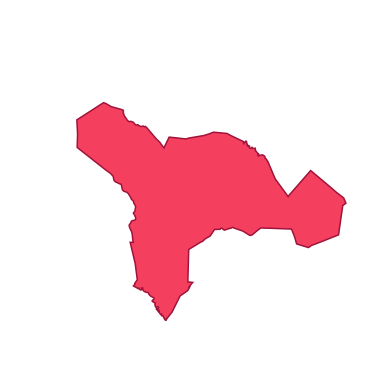 the district of San Cristóbal Amatlán, Oaxaca, Mexico, rotated 137°
{"feature_id": "50627088B79757190065545", "entity_name": "San Cristóbal Amatlán", "entity_type": "district", "adm_level": 2, "iso_a3": "MEX", "parent_name": "Mexico", "parent_adm1": "Oaxaca", "projection": "albers", "projection_center": [-96.353, 16.302], "detail": "fine", "context": "isolated", "style": "filled", "palette": "rose", "viewbox_px": 384, "rotation_deg": 137, "n_neighbors": 0, "source": "geoboundaries", "source_scale": "gbopen_adm2", "svg_char_len": 4944}
<svg xmlns="http://www.w3.org/2000/svg" viewBox="0 0 384 384"><g transform="rotate(137 192 192)"><path d="M245.6,302.9L242.8,284.6L240.2,267.7L238.9,260.7L239.0,257.9L239.0,257.2L239.5,256.2L239.8,256.0L241.1,253.7L241.1,251.8L240.3,249.7L239.8,248.4L239.3,247.2L239.0,246.6L238.6,246.0L238.5,245.9L240.7,242.3L241.0,242.0L241.2,241.4L241.4,240.4L241.4,240.2L241.4,239.6L241.3,238.9L241.0,238.4L240.6,237.8L240.4,237.3L240.0,236.8L239.9,236.4L239.8,235.9L239.7,234.6L239.8,233.8L239.9,233.1L240.1,232.1L240.3,231.2L240.4,230.3L240.7,229.8L240.8,229.2L241.0,228.8L241.3,227.8L241.3,227.6L241.2,227.3L241.2,226.8L241.1,226.5L241.1,226.0L241.1,225.3L241.3,225.0L241.4,224.8L241.6,224.4L242.0,223.9L242.2,223.4L242.4,221.9L242.7,221.1L243.1,220.0L243.8,219.2L245.0,218.4L246.2,217.4L247.1,216.9L248.2,216.7L248.9,216.7L249.1,216.7L249.4,216.2L249.6,215.5L249.7,214.6L249.8,213.9L250.3,212.9L250.6,212.0L250.9,211.5L251.3,211.1L251.5,210.7L252.0,210.5L252.8,210.4L253.6,210.7L254.1,211.1L254.8,211.6L255.3,211.7L255.7,211.9L256.2,211.9L256.8,211.8L257.3,211.6L257.9,211.3L258.7,211.0L259.1,211.0L259.6,210.9L260.4,210.7L260.6,210.6L261.5,209.3L261.8,208.7L262.5,206.7L263.3,204.1L264.3,202.2L265.6,200.5L267.3,198.3L269.0,195.8L269.3,195.2L271.5,197.4L276.4,188.8L282.9,177.5L283.3,177.1L291.9,165.1L296.1,164.3L296.6,163.4L298.9,163.3L297.4,158.4L297.0,158.3L296.6,158.2L296.4,157.9L296.6,157.5L296.9,156.8L296.4,155.4L296.2,155.2L295.6,155.1L295.0,155.1L294.8,155.3L294.5,155.8L294.3,156.1L294.0,156.1L293.7,155.9L293.5,155.6L293.5,155.4L293.7,155.1L293.9,154.9L294.4,154.5L294.7,154.3L294.6,154.0L294.8,153.7L294.8,152.8L294.8,151.9L294.6,151.3L294.4,150.9L293.9,150.0L293.6,149.6L293.2,149.0L292.8,148.6L292.7,148.1L292.7,147.8L292.9,147.4L293.1,147.1L293.2,146.7L293.3,145.9L293.3,144.4L293.2,143.8L292.9,143.3L292.8,142.5L292.5,142.0L292.4,141.4L292.2,140.9L292.1,140.6L292.2,140.2L292.4,140.0L292.6,139.8L293.0,139.6L293.4,139.6L293.7,139.6L293.9,139.5L294.2,139.7L294.4,139.8L294.7,139.8L295.0,139.7L295.3,139.6L295.5,139.4L295.6,139.1L295.6,138.9L295.5,138.4L295.3,137.8L295.3,137.5L295.2,137.1L295.0,136.9L294.9,136.8L294.7,136.6L294.6,136.4L294.6,136.1L294.6,135.9L294.8,135.7L295.0,135.6L295.5,135.4L295.8,135.0L296.0,134.8L296.2,134.5L296.4,134.2L296.5,134.0L296.7,133.5L296.9,133.2L297.0,132.8L297.0,132.4L296.9,132.1L296.7,131.9L296.3,132.0L295.8,131.9L295.7,131.8L295.4,131.6L295.2,131.4L295.0,131.2L295.3,130.6L295.3,130.4L295.6,130.2L295.9,129.9L296.2,129.8L296.3,129.7L296.7,129.9L296.9,130.0L297.0,130.2L297.0,130.5L297.3,130.9L297.5,130.8L297.9,130.8L298.1,128.1L297.8,128.1L297.6,128.1L297.3,128.0L297.1,127.9L296.9,127.9L296.9,127.6L297.0,127.2L297.4,127.0L297.9,126.9L298.2,126.8L298.4,124.1L298.1,124.1L297.9,123.9L297.7,123.8L297.6,123.5L298.1,123.4L298.3,123.2L298.5,122.0L298.4,121.9L298.1,121.8L297.9,121.6L297.7,121.5L297.6,121.3L297.6,121.0L297.7,120.8L297.8,120.7L298.2,119.9L298.3,119.6L298.3,119.2L298.3,118.6L298.4,118.3L298.8,118.1L298.9,116.8L298.8,116.4L298.7,116.1L298.4,115.9L297.6,116.1L297.5,116.3L297.5,116.5L297.4,116.6L297.0,116.8L296.8,116.8L296.7,116.6L296.2,116.6L288.4,117.8L271.6,124.1L262.3,122.8L258.2,124.2L258.7,124.7L253.1,125.4L256.3,129.0L253.9,131.6L233.6,152.2L221.8,149.8L219.5,149.3L218.0,148.7L214.0,148.7L208.8,147.4L201.1,149.2L196.9,145.6L195.7,145.7L195.0,145.3L194.7,144.4L194.7,143.1L194.2,141.9L190.6,140.3L189.9,140.3L188.8,139.1L186.6,138.6L186.0,137.4L185.5,136.3L181.5,128.8L180.0,123.2L179.3,120.8L178.6,120.3L177.3,119.6L169.6,119.2L168.8,119.1L166.1,118.7L156.7,109.3L144.5,97.0L147.6,89.2L150.9,82.7L144.8,72.0L144.6,71.9L140.9,71.4L138.4,70.3L130.2,67.0L123.8,64.5L114.6,60.9L114.1,60.7L102.6,69.9L102.2,70.3L93.9,76.9L91.1,79.2L88.5,79.0L87.1,78.8L85.1,84.2L86.6,93.2L87.4,100.9L90.6,126.8L107.8,125.0L123.6,123.4L124.8,123.1L122.2,144.8L115.8,162.4L115.2,165.7L115.6,166.5L114.5,168.3L114.6,169.7L115.1,170.6L115.0,170.9L115.7,171.6L118.9,173.2L118.7,174.1L117.8,173.6L117.3,174.3L117.4,175.3L117.6,175.6L117.3,178.0L117.5,179.0L116.5,179.9L115.9,180.9L118.0,182.6L118.1,182.8L117.9,183.3L117.6,183.7L117.6,183.8L118.5,183.7L119.4,183.9L119.6,184.4L119.8,185.6L119.6,186.0L118.7,186.1L118.6,186.5L119.0,187.1L120.0,188.1L119.9,188.4L119.1,188.7L118.9,189.1L119.1,189.6L119.0,190.1L118.1,191.0L117.8,191.7L117.9,192.5L118.8,192.3L119.6,192.6L121.1,192.1L120.7,193.1L120.0,193.8L125.2,207.1L126.5,211.0L135.5,221.1L140.0,222.9L144.8,225.2L157.2,233.4L160.4,235.1L167.5,243.4L171.3,247.7L182.5,243.4L181.6,250.7L181.9,254.6L181.6,261.9L181.2,270.3L181.4,271.8L182.2,272.0L182.8,273.7L183.7,273.9L184.9,275.1L185.2,275.7L185.2,276.0L185.4,276.5L185.7,276.8L185.6,277.8L185.8,278.3L186.9,278.8L187.3,279.1L187.3,279.9L187.6,280.9L187.3,282.9L188.5,285.4L190.0,286.3L190.4,288.2L189.5,294.0L188.3,296.6L186.5,298.6L187.6,301.0L192.8,309.4L194.7,315.6L195.8,317.7L210.4,320.3L227.0,323.3L236.3,312.3L245.6,302.9Z" fill="#f43f5e" stroke="#9f1239" stroke-width="1.5"/></g></svg>